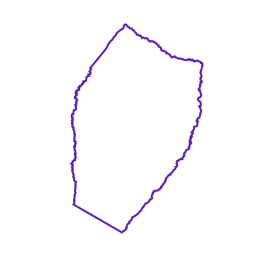 outline of General Alvear, Mendoza, Argentina, rotated 30°
{"feature_id": "61730980B19531104090182", "entity_name": "General Alvear", "entity_type": "district", "adm_level": 2, "iso_a3": "ARG", "parent_name": "Argentina", "parent_adm1": "Mendoza", "projection": "albers", "projection_center": [-66.959, -35.244], "detail": "fine", "context": "isolated", "style": "outline", "palette": "violet", "viewbox_px": 256, "rotation_deg": 30, "n_neighbors": 0, "source": "geoboundaries", "source_scale": "gbopen_adm2", "svg_char_len": 5794}
<svg xmlns="http://www.w3.org/2000/svg" viewBox="0 0 256 256"><g transform="rotate(30 128 128)"><path d="M173.9,66.7L175.1,65.4L175.3,63.5L175.0,62.8L172.1,60.2L171.2,60.1L171.2,59.4L170.4,59.8L169.9,59.5L169.8,59.1L170.0,58.4L169.4,55.0L168.9,55.0L168.9,54.0L168.4,53.4L168.8,52.7L167.8,51.9L168.7,51.2L168.8,50.8L166.4,49.7L165.7,48.4L166.2,47.8L166.0,46.5L165.4,46.2L165.3,45.7L163.2,44.2L163.3,43.3L162.4,42.3L162.8,41.6L161.6,38.6L161.4,36.6L161.0,36.6L160.2,35.6L159.8,34.7L159.3,34.7L158.6,35.3L157.5,34.5L155.4,35.0L154.4,34.8L153.2,36.2L152.4,36.5L152.3,37.1L151.8,37.3L151.2,36.9L150.6,37.0L149.8,36.5L149.3,36.9L148.9,37.8L148.3,38.0L147.5,37.5L146.7,37.6L146.5,38.7L145.6,38.7L144.4,40.3L141.7,41.1L141.1,40.9L140.1,41.5L139.0,41.4L137.9,41.9L137.6,42.5L136.8,42.9L135.8,42.6L133.6,43.0L132.7,42.5L132.0,43.1L131.0,44.9L130.6,45.0L128.9,44.4L128.1,43.6L127.4,43.9L126.8,43.6L124.9,43.7L123.8,44.1L123.3,43.1L123.0,43.1L122.7,43.3L120.3,43.3L119.3,44.0L118.4,43.8L117.8,43.9L116.8,42.5L116.4,42.5L115.5,41.8L114.0,42.2L113.3,41.2L112.2,41.5L111.9,41.1L109.7,40.4L108.5,40.6L108.0,40.4L107.3,40.8L106.6,40.4L106.1,40.5L105.0,41.1L104.2,42.0L103.8,41.6L102.8,42.0L102.0,41.7L101.7,41.9L100.6,41.0L99.2,40.8L98.0,41.9L96.1,42.0L95.2,43.1L93.7,42.0L92.9,42.3L92.5,41.9L91.8,42.3L89.9,42.3L89.6,42.8L89.1,42.8L88.2,42.5L87.7,41.8L84.8,41.1L83.8,40.4L82.6,40.7L81.6,40.0L79.8,40.8L78.3,40.2L76.8,40.4L74.8,39.4L74.2,39.5L73.5,40.2L73.4,41.4L74.0,44.2L72.6,46.8L70.9,51.1L70.9,54.3L70.2,57.3L70.3,59.2L69.7,60.9L69.1,64.5L69.0,65.6L69.5,68.5L68.8,74.0L65.4,94.5L65.4,95.0L66.7,95.5L66.4,96.5L66.7,97.0L66.3,97.9L66.4,98.4L68.1,98.9L68.4,99.8L67.9,100.4L67.9,101.4L67.2,101.2L66.9,101.6L68.1,102.3L67.4,102.6L67.3,103.9L66.6,104.8L67.7,107.0L67.9,108.3L65.9,110.1L66.0,110.4L67.0,110.8L66.8,111.8L66.4,112.1L66.7,112.7L66.1,113.1L66.5,113.9L65.7,115.2L65.9,115.8L65.8,116.1L64.9,116.2L64.8,116.6L65.6,117.0L65.8,117.5L65.1,118.3L66.4,118.9L66.5,119.6L66.1,120.2L65.0,120.6L65.0,121.4L64.7,121.9L65.1,122.4L64.7,123.3L65.1,123.8L66.5,123.6L66.4,125.2L67.2,125.3L67.2,125.6L66.7,126.1L66.7,126.8L66.4,127.4L66.6,127.8L67.3,127.7L67.6,128.3L67.5,128.6L68.9,128.6L69.1,129.0L70.1,129.3L69.8,129.9L70.1,130.7L69.9,131.4L71.0,132.0L71.0,132.7L71.4,133.4L70.9,133.5L70.8,134.3L71.3,134.9L72.0,135.0L72.2,136.1L73.5,137.0L73.5,138.4L72.3,139.3L72.2,139.8L72.4,140.5L72.7,140.6L73.2,142.1L73.1,143.0L73.7,143.4L72.8,144.2L73.4,146.2L74.1,146.9L74.7,146.5L75.3,147.7L75.8,148.0L75.5,148.6L76.1,149.0L75.8,149.5L76.7,149.8L76.7,150.9L76.9,151.5L77.2,151.5L77.3,152.0L78.0,152.1L78.0,153.1L79.1,153.9L79.0,154.6L80.0,155.0L80.8,154.8L81.4,156.7L83.4,157.8L83.9,159.1L84.4,159.2L84.6,159.9L85.3,160.1L85.5,160.6L85.4,161.3L86.0,161.8L86.0,162.4L86.8,163.6L87.0,164.5L87.6,165.0L87.7,165.9L88.3,166.3L88.9,165.8L89.4,165.9L89.4,166.4L90.5,167.6L90.1,167.9L90.1,168.4L90.8,169.4L90.6,170.0L91.1,170.4L90.5,170.6L90.5,170.9L91.2,171.3L91.0,171.6L91.9,172.6L92.4,172.8L92.9,173.9L93.4,173.9L94.5,175.1L94.5,175.7L95.6,176.4L95.0,177.0L95.6,178.0L96.4,178.8L97.1,178.8L97.3,179.1L97.6,181.0L98.1,182.0L97.3,182.0L97.6,182.9L96.8,184.5L97.1,184.7L96.9,185.0L97.5,186.7L97.0,187.1L97.8,187.2L97.9,187.8L98.8,187.8L98.6,188.5L99.5,189.4L99.2,190.0L99.7,190.2L100.1,191.0L100.7,191.2L100.5,191.8L101.0,192.2L101.0,192.5L101.6,192.7L101.6,193.7L103.2,194.6L103.3,195.0L104.5,195.9L104.9,196.5L104.7,197.2L105.0,197.6L105.7,198.2L106.2,198.1L106.2,198.6L108.0,200.5L109.8,200.5L110.1,200.8L110.2,202.7L111.5,204.0L111.5,205.1L112.5,205.9L112.5,206.7L113.3,207.6L113.3,208.8L115.2,210.7L114.9,212.1L115.8,213.1L115.9,214.1L116.9,215.7L117.1,217.0L118.0,217.5L117.8,218.3L118.0,218.7L119.3,220.0L119.1,221.5L174.9,221.5L175.1,221.3L175.0,220.7L176.1,219.1L176.1,218.4L176.7,217.9L176.8,217.1L176.4,215.9L176.9,215.1L175.9,213.8L175.7,212.6L175.9,210.9L176.8,210.0L176.8,209.5L176.0,208.8L176.0,208.0L176.7,206.9L176.7,204.6L176.4,203.6L176.5,202.8L177.1,202.4L177.5,201.2L178.3,200.3L178.6,198.9L179.4,197.3L179.7,196.2L179.7,195.2L180.6,193.1L180.4,189.5L180.8,188.8L180.8,184.9L181.8,183.7L182.6,182.2L183.0,181.1L182.7,179.9L183.1,179.5L182.8,178.9L183.9,177.5L184.0,176.7L183.0,175.9L182.4,174.4L182.5,173.2L182.1,172.7L182.3,172.3L181.9,172.1L182.0,170.9L182.3,170.7L181.8,169.9L182.6,168.8L183.7,168.4L184.2,167.8L184.9,167.5L185.1,166.5L185.5,166.0L185.5,165.4L186.1,165.2L186.3,164.8L186.2,163.9L186.4,163.5L186.1,163.0L186.5,162.4L186.2,162.2L186.5,161.5L186.3,161.1L186.7,160.7L186.5,158.5L186.9,157.6L186.9,156.7L187.2,156.0L187.0,155.2L186.4,154.9L186.7,153.7L186.0,153.1L186.1,152.7L186.7,150.9L186.5,150.1L187.0,148.8L186.8,148.4L188.2,147.1L187.6,146.0L188.4,144.4L188.6,142.7L188.4,141.6L189.2,140.3L189.2,138.1L188.8,138.0L189.3,137.5L189.5,136.2L189.1,135.4L188.1,135.1L187.9,134.2L187.3,133.4L187.7,132.7L187.6,132.2L187.1,131.9L187.9,130.9L188.5,129.4L188.9,129.3L189.0,128.5L189.9,128.4L190.7,127.7L190.1,126.3L190.4,124.9L190.8,124.5L190.7,123.7L190.1,123.7L189.3,121.8L189.9,120.6L189.4,119.4L189.8,117.3L190.7,116.7L191.2,115.9L191.3,115.3L190.8,114.2L190.2,114.2L190.5,113.0L189.3,111.1L190.4,109.9L190.3,109.6L189.8,109.2L189.1,109.5L188.4,109.1L188.8,108.3L187.9,108.2L187.6,107.5L188.0,106.7L187.1,105.8L187.3,105.2L187.6,105.1L187.7,104.3L187.0,104.5L186.5,104.0L187.2,103.1L186.7,102.4L186.6,101.5L187.0,100.6L186.1,99.8L185.1,99.8L185.3,99.2L185.9,98.6L185.5,97.7L185.7,97.1L185.6,95.7L184.6,93.9L186.6,92.0L186.6,90.8L185.5,88.8L185.4,87.7L184.4,87.2L184.4,87.6L184.1,87.8L183.7,86.9L183.7,86.5L184.0,86.7L184.2,86.3L183.8,85.6L183.7,84.5L184.7,83.4L183.6,79.6L183.1,78.8L183.2,78.2L182.9,76.8L181.1,75.0L180.0,74.3L179.7,73.9L179.8,73.5L178.9,73.5L179.6,71.9L178.4,69.9L177.0,69.1L176.2,69.2L174.9,68.7L174.0,67.8L173.9,66.7Z" fill="none" stroke="#5b21b6" stroke-width="2"/></g></svg>